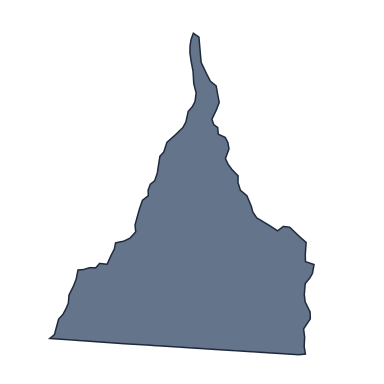 Axixá do Tocantins, Tocantins, Brazil (Natural Earth projection), rotated 185°
{"feature_id": "56859067B57908802564825", "entity_name": "Axixá do Tocantins", "entity_type": "district", "adm_level": 2, "iso_a3": "BRA", "parent_name": "Brazil", "parent_adm1": "Tocantins", "projection": "natural_earth1", "projection_center": [-47.762, -5.681], "detail": "fine", "context": "isolated", "style": "filled", "palette": "slate", "viewbox_px": 384, "rotation_deg": 185, "n_neighbors": 0, "source": "geoboundaries", "source_scale": "gbopen_adm2", "svg_char_len": 1363}
<svg xmlns="http://www.w3.org/2000/svg" viewBox="0 0 384 384"><g transform="rotate(185 192 192)"><path d="M183.3,303.9L188.1,311.5L194.2,322.0L198.6,346.9L204.5,350.3L206.2,344.0L206.7,337.5L206.2,330.4L204.4,322.7L201.5,312.4L199.7,300.1L196.5,291.0L196.9,282.3L199.1,277.0L202.8,272.0L204.2,261.2L206.7,255.4L213.8,247.2L221.3,239.3L223.6,229.4L227.1,224.8L227.9,213.3L228.2,207.8L230.2,199.9L234.2,196.1L235.9,190.0L235.2,184.5L240.6,179.5L242.7,171.3L244.5,161.9L245.9,154.1L244.6,147.4L249.8,140.6L255.6,137.1L263.7,134.7L264.4,128.4L267.2,121.5L270.3,112.6L277.8,112.8L281.3,108.1L287.4,107.7L293.2,105.3L298.8,104.4L299.8,95.0L302.0,87.7L305.6,78.6L305.5,70.4L307.3,65.0L309.9,58.8L313.8,53.8L316.6,38.0L320.9,33.7L256.2,34.8L247.5,34.9L228.2,35.5L221.8,35.7L216.1,35.7L211.1,35.9L153.7,37.2L71.4,39.2L64.9,40.4L66.8,48.0L67.1,57.1L68.9,65.3L63.1,76.0L63.9,82.8L69.7,92.4L71.2,99.7L71.2,110.7L67.1,116.6L64.9,121.5L64.1,130.4L72.9,132.5L73.7,139.4L73.9,151.7L81.0,156.9L91.6,165.4L97.9,165.7L103.4,160.8L111.4,165.1L118.0,168.3L125.3,171.9L129.7,177.4L131.7,183.0L137.0,193.1L143.9,197.9L147.0,205.4L147.5,212.1L154.0,217.7L158.4,222.7L161.6,228.2L158.9,238.2L160.6,244.4L163.7,249.3L170.9,251.9L172.0,258.4L176.2,261.0L178.5,266.2L174.8,276.1L172.7,283.7L174.8,291.0L177.2,299.8L183.3,303.9Z" fill="#64748b" stroke="#1e293b" stroke-width="1.5"/></g></svg>